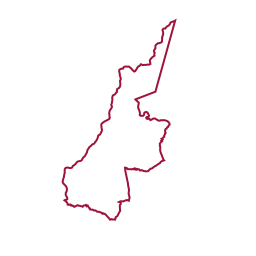 Benedito Leite, Maranhão, Brazil (Albers equal-area conic projection), rotated 155°
{"feature_id": "56859067B5303155589786", "entity_name": "Benedito Leite", "entity_type": "district", "adm_level": 2, "iso_a3": "BRA", "parent_name": "Brazil", "parent_adm1": "Maranhão", "projection": "albers", "projection_center": [-44.578, -7.16], "detail": "fine", "context": "isolated", "style": "outline", "palette": "rose", "viewbox_px": 256, "rotation_deg": 155, "n_neighbors": 0, "source": "geoboundaries", "source_scale": "gbopen_adm2", "svg_char_len": 4679}
<svg xmlns="http://www.w3.org/2000/svg" viewBox="0 0 256 256"><g transform="rotate(155 128 128)"><path d="M197.2,74.0L197.2,72.9L197.0,71.9L196.5,71.3L196.9,70.4L195.8,69.5L194.4,68.9L193.7,67.6L192.8,67.3L192.2,66.9L191.8,66.1L191.4,65.3L190.7,64.7L189.9,64.5L189.2,63.9L188.4,63.0L187.8,62.1L187.5,61.2L186.7,61.4L186.2,60.5L185.4,60.1L185.0,59.4L184.6,58.2L184.2,57.0L184.0,56.1L183.6,55.0L183.4,54.2L183.1,53.1L182.9,52.4L182.1,52.4L181.4,52.4L180.9,51.7L179.6,51.2L178.4,50.4L177.2,51.8L176.7,52.4L175.5,52.5L174.8,52.7L171.3,55.5L170.2,56.1L169.4,58.3L168.3,61.0L167.8,61.7L166.8,62.0L166.2,63.3L166.7,64.1L167.3,64.7L165.6,64.7L163.3,63.5L160.5,63.4L159.1,63.0L158.0,61.7L157.2,62.6L155.9,64.5L155.7,65.3L155.4,67.4L155.0,68.6L153.2,71.6L152.1,76.1L151.5,77.6L148.7,89.7L147.5,93.3L146.5,92.7L145.9,91.9L145.8,91.0L145.0,90.5L143.9,90.0L143.2,89.6L142.3,89.0L141.3,89.0L140.8,88.5L140.2,88.1L139.8,88.6L139.0,88.6L139.1,87.9L137.9,87.5L138.3,86.8L137.5,86.4L136.7,86.7L135.4,85.8L135.2,84.5L134.2,84.1L133.3,84.0L132.5,83.0L131.7,82.2L130.8,81.6L129.8,81.0L128.8,80.6L128.0,80.5L127.1,80.6L126.4,81.2L125.6,81.3L124.9,81.6L124.1,81.3L123.0,81.3L120.7,81.9L118.5,82.0L116.4,82.4L115.6,82.6L114.1,82.6L112.7,83.4L111.2,83.7L109.0,83.4L109.2,84.2L109.2,84.9L108.7,92.5L108.5,93.4L107.9,95.1L107.1,96.5L106.7,97.2L106.8,98.2L106.2,99.1L105.8,100.4L104.8,100.9L104.0,101.3L103.0,101.4L103.2,102.4L102.1,102.4L101.4,102.9L102.0,104.0L100.9,104.0L100.1,104.6L98.9,104.7L98.6,105.7L97.4,106.5L96.8,107.4L96.0,107.6L95.8,108.9L95.5,110.1L94.9,110.7L94.2,111.2L93.3,111.1L92.4,112.0L91.3,112.0L90.3,113.0L88.9,113.4L88.6,114.2L88.5,115.0L89.0,116.8L89.6,117.8L91.4,119.5L92.2,120.0L93.2,120.2L93.9,120.7L94.6,121.1L96.1,121.2L97.6,122.1L98.0,123.1L98.8,123.9L99.3,124.9L99.9,125.4L100.6,125.7L101.8,125.9L102.8,125.6L104.4,125.7L104.4,126.4L104.8,127.4L106.4,128.0L107.2,128.6L107.1,129.7L106.2,130.0L105.4,129.6L104.4,129.6L103.7,130.4L103.7,132.8L104.0,134.2L105.0,135.0L106.1,135.0L107.0,134.7L107.5,133.7L108.0,133.1L109.3,132.7L111.3,133.7L111.9,134.7L111.2,135.8L111.0,136.5L110.6,137.4L110.3,140.1L110.3,141.8L109.9,142.7L109.2,144.1L108.8,144.6L108.0,145.5L107.5,146.6L108.2,147.8L108.3,148.6L108.9,149.6L109.2,150.8L87.8,149.3L82.9,155.1L60.3,181.5L39.9,205.4L41.0,205.3L42.0,205.4L43.0,205.6L44.8,205.6L46.0,204.5L47.7,203.7L50.2,203.5L52.2,202.4L53.4,203.0L54.9,202.7L55.5,201.9L55.6,200.3L56.2,198.7L56.7,197.8L57.3,197.5L57.9,196.4L58.8,195.8L59.9,193.3L60.7,191.9L61.8,191.5L64.3,191.7L65.1,192.2L67.6,191.5L68.6,190.7L69.2,189.2L69.8,188.3L71.1,187.8L72.2,186.4L72.0,185.0L72.9,183.8L73.4,182.3L75.6,182.0L77.6,181.3L79.5,180.2L79.9,179.5L80.2,177.8L80.7,176.5L82.6,176.6L83.3,177.2L85.4,177.7L86.7,178.4L88.2,178.9L89.3,180.3L90.3,179.8L91.3,179.4L92.6,179.4L93.7,178.9L94.6,178.4L95.4,177.7L97.5,176.5L98.6,176.6L99.0,177.7L99.4,178.5L100.0,180.9L100.7,182.1L101.0,182.9L101.5,183.5L102.3,183.7L104.1,184.7L105.7,185.1L107.0,184.4L107.6,183.9L108.3,184.4L109.9,184.6L111.3,184.4L112.2,182.7L112.6,180.2L113.1,179.6L113.3,178.7L113.3,177.8L113.5,177.1L113.6,175.8L114.3,174.9L115.3,174.2L116.4,171.0L117.4,169.3L118.2,168.6L119.0,168.1L119.7,168.1L120.6,167.9L121.4,167.8L122.3,166.7L122.6,165.4L124.4,164.8L125.3,164.1L127.0,163.9L128.0,163.9L129.3,162.4L129.7,161.6L130.1,160.4L132.3,157.1L133.4,156.1L133.5,154.2L134.2,153.3L137.3,151.4L138.9,149.2L139.3,147.5L140.1,146.0L140.1,145.1L141.2,144.1L142.5,144.0L144.1,143.9L144.8,143.9L146.8,143.8L149.3,143.3L150.2,142.9L150.8,142.3L151.2,141.4L152.1,138.7L152.2,137.9L152.7,136.7L153.3,136.1L156.1,133.9L157.6,133.9L158.4,133.5L158.9,132.9L159.5,131.9L162.0,130.0L162.8,129.5L163.7,129.2L164.8,128.4L165.5,128.1L167.3,128.2L168.8,127.6L171.1,127.0L172.4,126.1L173.4,125.6L174.4,124.8L175.0,123.9L175.8,123.0L177.5,121.9L178.4,121.1L179.2,120.7L181.2,120.1L182.1,119.5L183.1,118.6L184.0,118.3L184.8,118.2L187.3,118.8L188.7,118.7L191.0,117.4L192.4,117.1L194.1,116.9L194.9,116.1L195.7,115.7L197.3,116.1L197.9,116.5L199.4,117.7L200.1,117.9L201.4,118.2L202.6,117.5L203.2,116.6L204.3,114.1L205.7,112.4L207.1,110.3L207.7,109.8L208.2,109.2L209.5,107.6L210.0,106.7L210.1,105.8L210.0,105.0L208.8,101.4L208.8,100.7L208.8,99.8L208.9,99.1L209.9,97.1L210.5,96.4L211.7,95.6L212.3,94.7L212.8,93.2L212.5,90.6L213.2,89.1L214.3,89.1L215.3,89.4L216.1,89.3L215.5,88.1L214.8,86.4L214.7,85.0L215.1,84.1L214.4,83.5L212.7,83.1L212.6,82.1L211.7,82.0L211.6,81.2L211.0,80.7L210.4,80.5L210.1,79.3L209.1,79.2L208.4,79.3L207.1,79.3L206.4,79.4L205.5,78.4L204.6,77.9L203.9,77.2L202.9,76.5L202.4,75.8L201.2,76.4L200.2,76.3L199.4,75.9L198.5,76.1L198.2,75.5L198.4,74.6L197.3,74.7L197.2,74.0Z" fill="none" stroke="#9f1239" stroke-width="2"/></g></svg>